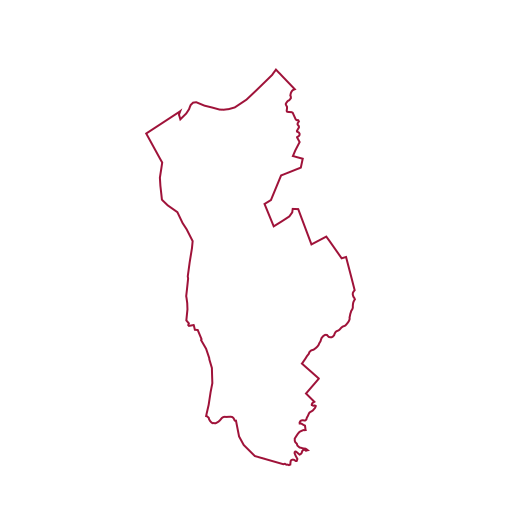 Zarand, Arad, Romania, rotated 129°
{"feature_id": "2599482B32759719925344", "entity_name": "Zarand", "entity_type": "district", "adm_level": 2, "iso_a3": "ROU", "parent_name": "Romania", "parent_adm1": "Arad", "projection": "robinson", "projection_center": [21.64, 46.399], "detail": "fine", "context": "isolated", "style": "outline", "palette": "rose", "viewbox_px": 512, "rotation_deg": 129, "n_neighbors": 0, "source": "geoboundaries", "source_scale": "gbopen_adm2", "svg_char_len": 4362}
<svg xmlns="http://www.w3.org/2000/svg" viewBox="0 0 512 512"><g transform="rotate(129 256 256)"><path d="M271.4,364.6L271.6,363.3L272.2,356.5L271.4,344.7L276.6,333.8L278.9,326.7L284.3,314.6L290.2,310.7L302.6,303.6L314.8,296.2L316.2,294.6L325.3,288.7L331.1,285.0L332.5,283.4L335.9,279.8L340.6,275.7L349.9,269.6L350.6,265.8L352.3,265.2L352.5,264.1L348.9,261.0L349.3,260.3L351.8,257.1L350.2,254.7L354.9,246.0L355.9,245.8L359.5,236.4L364.7,228.2L365.7,227.2L370.8,219.8L377.1,214.4L382.3,209.9L390.4,205.6L401.5,199.1L409.5,195.2L411.8,194.0L411.4,193.0L411.4,192.8L411.5,190.9L412.4,189.7L413.1,187.9L413.4,186.0L413.3,184.6L412.5,183.8L411.7,182.4L410.7,181.8L408.3,180.9L406.4,180.6L405.3,180.6L403.5,180.6L402.1,180.2L400.9,179.4L399.7,177.7L398.4,176.3L396.9,174.6L396.1,173.1L396.1,171.7L396.6,170.3L397.1,169.5L397.1,169.0L397.2,168.5L396.6,167.9L406.9,155.6L410.6,146.6L412.2,131.0L400.6,103.7L399.3,102.8L399.1,101.1L398.2,100.1L397.8,98.8L396.5,98.1L395.3,98.9L393.6,100.0L392.3,100.1L391.0,99.2L390.4,97.9L390.3,96.1L389.7,95.4L389.3,95.5L387.7,96.1L386.4,99.2L385.8,100.4L384.9,102.0L384.0,102.5L383.2,102.4L382.8,101.6L382.9,98.6L382.9,97.1L381.6,96.6L380.2,96.6L378.6,97.3L377.0,97.2L376.5,96.8L376.0,96.5L375.9,94.6L375.1,94.2L374.4,93.6L374.4,95.0L374.6,96.3L376.0,98.5L376.7,100.3L377.4,101.6L377.3,104.4L376.8,105.3L376.2,106.1L376.0,108.2L375.2,109.6L373.5,111.0L370.0,111.4L367.6,111.6L365.3,111.5L363.5,110.7L361.4,109.6L360.8,108.6L360.0,107.9L359.6,108.5L358.0,110.1L357.0,111.2L357.4,112.9L357.7,115.3L358.7,116.6L358.0,117.3L356.7,117.6L355.8,117.5L355.1,117.1L354.2,116.3L353.7,115.4L353.1,114.4L352.4,114.1L351.3,114.0L350.3,114.5L349.3,114.8L347.9,115.0L345.3,115.7L344.1,115.9L343.0,115.6L341.2,114.9L340.2,114.6L338.8,114.6L337.2,114.5L335.9,114.8L335.4,114.9L334.9,115.3L335.0,115.7L335.5,116.7L336.2,117.1L336.4,117.4L336.5,118.0L336.5,118.5L336.7,118.8L336.2,119.3L335.0,119.6L334.0,119.4L332.6,118.9L331.4,130.6L311.9,130.0L311.7,130.1L311.0,146.3L310.7,152.6L310.1,152.6L307.4,152.8L304.8,153.0L301.7,153.4L298.8,153.4L297.2,154.0L296.0,153.9L295.0,153.8L294.0,153.3L292.6,152.3L289.9,151.6L287.7,151.3L285.6,151.4L284.1,151.9L281.7,152.2L280.5,152.7L278.6,153.4L276.6,153.4L275.6,153.3L273.9,152.7L273.4,152.2L272.7,151.1L273.0,149.5L273.1,148.5L272.4,147.1L271.7,146.2L270.5,145.6L269.4,145.5L268.4,145.4L267.8,145.7L266.5,146.1L265.0,146.3L263.8,146.1L262.6,145.4L261.5,144.9L260.4,144.7L258.0,144.6L256.3,144.2L254.8,143.3L253.8,142.8L252.1,142.7L250.1,142.7L248.7,142.8L247.6,143.0L246.8,143.3L246.0,143.6L244.9,144.6L243.3,145.4L241.4,146.4L240.5,146.7L238.5,147.5L237.0,147.6L235.8,148.0L235.0,148.4L233.8,149.4L232.3,150.4L231.0,151.1L229.9,151.5L228.2,151.8L227.4,151.9L227.1,152.6L226.6,153.5L226.4,154.6L225.6,155.8L224.8,156.8L223.7,157.5L222.8,157.7L222.0,157.8L220.5,157.8L213.5,167.2L200.1,185.4L203.9,188.0L198.0,208.6L196.7,213.6L212.1,220.2L193.0,252.7L196.3,257.1L199.3,255.3L204.3,255.0L213.8,258.1L221.8,260.9L210.2,282.1L203.1,279.6L177.6,287.2L159.1,276.8L151.0,280.9L155.1,290.2L149.2,291.9L140.0,293.8L138.0,298.7L137.7,298.9L137.4,298.8L137.0,298.6L135.5,298.2L134.7,298.3L133.7,298.9L133.4,299.5L133.1,300.3L133.2,301.1L133.4,301.8L133.5,302.4L133.1,302.9L131.8,303.1L130.8,303.3L129.8,303.4L128.8,303.7L128.1,304.5L128.0,305.1L127.8,306.0L127.5,306.6L127.3,306.8L126.4,307.2L125.2,307.3L124.4,307.4L124.2,308.0L123.9,308.6L124.1,309.1L124.7,309.6L124.9,310.2L124.7,311.4L123.3,314.2L121.6,317.6L121.8,318.8L123.2,320.8L123.5,321.2L123.8,321.7L124.2,322.4L124.3,322.8L123.9,323.5L123.1,324.0L121.9,324.7L120.6,325.7L119.5,328.2L118.8,328.7L117.8,328.8L116.0,328.9L115.1,328.7L114.3,328.3L113.7,328.2L112.8,328.2L111.9,328.2L111.2,328.3L110.7,328.9L110.0,329.5L109.7,330.3L108.6,330.9L107.3,331.5L106.0,331.8L104.8,331.9L103.7,331.7L102.7,331.2L102.0,330.8L99.8,348.3L99.2,352.7L99.2,353.3L98.6,357.8L100.1,357.7L102.8,357.6L105.1,357.4L127.1,360.0L140.5,361.8L153.9,366.0L159.0,369.6L160.7,371.3L162.6,373.1L165.1,376.4L168.3,383.7L171.6,390.7L174.1,399.2L176.4,401.4L179.7,401.8L181.8,401.2L184.1,400.4L189.2,399.9L197.4,400.8L195.5,403.5L194.8,404.7L193.0,405.4L192.1,405.7L191.2,406.0L191.6,406.1L192.9,406.5L194.1,406.9L229.9,418.4L240.7,392.0L242.4,387.7L247.5,384.7L255.6,380.0L261.6,374.5L268.0,368.0L270.8,365.2L271.1,364.9L271.4,364.6Z" fill="none" stroke="#9f1239" stroke-width="2"/></g></svg>